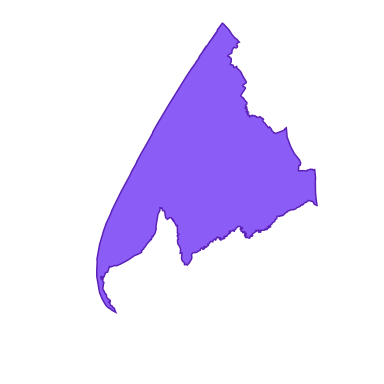 outline of Pak Phanang, Nakhon Si Thammarat, Thailand, rotated 225°
{"feature_id": "78962969B48668485292625", "entity_name": "Pak Phanang", "entity_type": "district", "adm_level": 2, "iso_a3": "THA", "parent_name": "Thailand", "parent_adm1": "Nakhon Si Thammarat", "projection": "robinson", "projection_center": [100.145, 8.346], "detail": "fine", "context": "isolated", "style": "filled", "palette": "violet", "viewbox_px": 384, "rotation_deg": 225, "n_neighbors": 0, "source": "geoboundaries", "source_scale": "gbopen_adm2", "svg_char_len": 6088}
<svg xmlns="http://www.w3.org/2000/svg" viewBox="0 0 384 384"><g transform="rotate(225 192 192)"><path d="M135.6,289.3L138.9,290.7L146.8,291.5L154.4,293.9L163.6,298.1L170.7,304.1L171.0,302.8L170.6,302.6L170.9,301.4L170.6,300.8L170.8,300.2L174.4,292.2L175.6,292.2L175.9,291.8L176.7,291.7L177.5,291.9L178.1,291.6L180.1,292.5L183.1,292.9L183.4,291.4L189.1,292.2L191.0,292.1L192.5,292.6L193.0,293.2L192.9,293.9L193.9,294.1L194.6,293.6L197.3,293.3L197.5,293.0L197.4,292.1L199.2,290.5L199.7,290.8L199.9,290.5L201.0,290.5L201.1,290.2L201.7,290.0L202.2,290.0L202.7,289.3L202.7,288.9L203.4,288.9L204.2,288.1L204.3,287.0L204.0,286.7L204.4,286.5L204.4,286.1L205.2,286.2L205.9,286.8L207.0,285.9L207.7,286.6L207.9,287.6L208.6,286.8L209.1,286.9L209.4,288.3L210.4,287.5L210.4,288.1L211.3,289.5L213.6,288.7L213.7,289.4L212.9,289.9L212.9,290.4L213.6,290.8L214.2,290.2L215.3,290.7L215.5,293.1L216.6,294.1L220.3,294.3L221.6,294.8L224.6,294.4L225.6,294.8L226.0,295.5L227.6,303.2L228.4,303.5L230.8,302.8L231.5,303.7L230.9,307.5L231.3,308.2L238.3,310.0L242.0,311.3L244.1,311.6L247.6,311.4L249.2,312.3L250.1,310.1L250.5,309.7L252.7,310.7L255.0,309.3L255.6,309.8L256.3,311.7L258.4,314.0L260.5,314.2L261.6,313.9L262.3,313.2L262.9,313.2L263.1,313.8L262.9,315.7L262.1,318.2L264.0,320.8L264.7,323.5L264.3,324.2L262.8,324.9L262.4,326.2L262.9,327.4L264.6,327.7L265.0,328.2L265.2,330.0L264.5,331.4L268.4,331.7L270.4,331.3L274.6,331.5L280.5,332.8L288.4,333.1L289.9,332.8L288.7,324.5L287.8,323.4L287.7,321.5L287.3,321.1L287.4,319.7L286.9,319.2L286.9,318.4L287.1,318.0L286.7,317.6L286.5,316.5L286.7,316.0L286.3,315.5L286.5,314.8L286.1,314.2L286.2,313.6L285.8,311.8L285.9,311.1L284.8,306.8L284.9,306.1L284.6,304.9L284.8,304.8L284.5,304.6L284.4,303.7L284.7,303.5L284.3,303.1L284.2,302.5L284.5,302.2L284.0,301.8L284.2,301.2L283.9,300.8L284.1,300.3L283.8,300.0L283.8,299.4L283.6,298.9L283.0,295.0L282.3,292.1L282.0,292.0L281.7,290.9L281.0,286.6L280.6,285.7L279.4,277.9L277.5,268.9L270.2,237.7L264.5,215.1L262.2,207.0L261.5,205.8L259.0,197.4L255.2,183.3L252.5,174.3L251.6,172.5L249.1,163.5L247.9,160.6L242.5,142.5L235.8,122.8L234.0,118.8L230.3,108.7L226.4,100.7L225.0,98.3L220.4,89.8L211.8,77.4L209.6,75.5L203.9,69.2L199.7,65.0L187.4,56.3L185.4,55.1L179.7,52.8L174.7,51.4L172.0,50.9L168.5,51.1L168.0,51.5L164.9,51.8L160.8,53.0L163.3,54.0L164.7,54.9L165.6,54.5L167.8,54.9L169.1,54.4L170.2,54.6L172.1,55.7L172.5,55.4L172.2,56.7L172.6,56.9L173.1,56.6L173.1,57.3L173.3,57.5L176.8,57.0L177.8,57.2L179.8,58.7L181.0,59.0L182.0,58.7L183.4,59.5L183.8,59.4L183.9,59.7L186.4,60.2L189.7,64.5L190.1,65.6L192.1,65.9L192.9,66.5L193.0,67.0L193.4,67.4L194.0,67.0L194.3,66.4L194.1,66.9L194.6,66.4L195.2,66.7L194.6,66.6L193.8,67.6L194.2,69.2L195.4,67.4L195.5,66.9L196.5,67.7L194.7,69.3L194.6,69.7L195.0,71.5L196.1,73.9L195.0,75.6L197.7,81.0L196.9,80.9L194.6,85.5L193.1,86.6L191.6,90.5L189.2,98.3L187.7,106.3L186.0,110.3L185.0,113.7L185.2,114.0L186.2,114.5L186.0,115.9L186.2,116.9L185.9,117.4L186.4,118.6L186.4,120.2L187.1,123.2L187.4,126.8L187.2,127.4L187.8,128.8L187.1,129.6L188.7,132.4L188.6,132.7L188.1,132.8L189.1,136.9L191.5,141.0L192.7,141.6L200.3,152.1L201.5,155.8L202.8,157.7L203.5,158.2L202.7,158.9L202.1,158.8L201.7,159.4L199.8,158.1L199.6,158.4L197.6,159.0L194.1,156.3L192.6,155.4L191.2,155.1L190.5,155.6L190.0,155.5L189.7,158.0L188.4,159.1L186.4,158.6L186.2,159.0L185.9,158.5L185.2,158.4L185.2,158.7L184.7,158.9L184.3,158.4L182.0,158.0L179.4,157.0L178.9,157.2L178.8,158.0L178.5,158.0L178.1,157.2L175.6,155.0L173.3,152.6L172.3,152.4L171.5,152.8L171.3,152.7L171.6,150.7L168.3,149.1L168.4,148.0L167.1,146.6L165.0,145.2L162.6,144.8L159.9,143.7L159.1,142.9L157.1,140.3L156.1,141.8L152.7,137.9L151.9,137.3L150.0,136.4L147.3,136.6L145.9,135.3L145.5,135.6L144.9,136.9L143.7,136.9L143.8,139.9L144.8,143.8L145.5,145.3L148.0,147.4L148.3,148.2L148.4,149.4L148.0,150.4L146.9,151.3L145.9,153.2L145.6,155.1L145.0,156.6L145.8,158.2L145.8,158.9L145.0,159.7L143.8,159.2L143.3,159.9L143.5,161.1L144.6,161.6L144.8,161.9L144.4,162.4L143.4,162.1L143.0,162.8L142.9,164.7L142.7,165.7L142.8,166.1L143.9,166.3L143.4,167.9L143.9,169.9L143.3,170.8L142.1,171.4L142.8,172.8L142.7,174.7L142.4,174.9L141.6,174.6L141.3,174.8L141.3,175.2L142.1,176.0L141.9,177.0L142.2,178.1L141.9,178.3L140.7,178.4L139.6,179.7L139.3,179.4L139.6,178.5L139.4,178.2L137.6,178.4L137.4,179.1L137.7,180.3L136.8,180.9L136.4,181.7L136.3,182.5L136.5,182.9L137.5,182.7L137.8,183.1L137.2,184.4L136.1,185.1L136.6,187.3L136.0,190.3L136.4,190.5L137.4,190.0L137.7,190.7L137.3,191.5L136.2,192.6L136.1,193.9L135.5,194.2L134.8,193.9L134.4,194.2L134.5,194.5L135.3,195.0L134.8,196.3L135.3,198.0L135.1,199.3L135.2,200.3L134.3,200.8L133.6,201.7L133.0,201.8L132.2,201.4L131.6,202.3L131.2,202.4L130.7,202.2L130.5,201.6L131.7,200.8L131.8,200.3L131.4,199.7L130.3,199.8L129.5,199.1L128.6,199.8L127.5,199.1L126.8,200.0L127.1,200.7L127.0,201.2L126.7,201.2L125.9,200.1L124.5,201.0L123.9,200.5L124.6,199.4L124.0,198.3L123.7,198.3L123.0,199.1L122.1,197.8L121.3,198.1L121.0,199.1L120.2,199.2L118.6,200.1L119.7,202.3L118.8,202.5L118.1,203.7L118.5,204.2L119.5,204.4L119.3,207.6L118.7,209.5L119.1,209.9L119.6,209.8L119.6,210.1L118.2,211.0L118.0,212.2L116.8,212.5L116.7,211.0L116.3,210.8L115.1,212.2L116.1,213.6L113.8,216.3L114.1,217.5L113.2,217.5L112.8,218.3L112.5,218.5L112.5,219.0L113.3,219.4L113.8,220.5L113.4,221.4L113.7,222.0L113.1,222.0L112.4,221.1L111.9,223.0L113.2,223.9L112.9,225.7L113.3,227.0L112.8,229.9L113.8,231.5L113.2,233.0L114.5,234.7L114.6,235.4L113.1,236.4L113.0,237.0L112.7,237.2L112.3,238.3L112.0,238.3L111.9,239.1L111.1,239.6L111.1,243.8L110.6,244.8L110.7,246.5L110.0,247.6L109.4,249.7L108.0,250.8L106.8,253.4L106.8,255.1L105.4,258.2L105.7,260.4L104.8,260.7L104.6,261.6L104.8,263.7L103.8,266.1L103.9,267.0L103.5,268.7L102.3,269.1L100.7,270.2L99.5,270.5L98.3,270.5L97.9,270.1L97.0,269.9L94.5,270.6L94.1,270.9L100.3,275.6L104.2,278.9L111.7,286.1L114.6,289.3L121.1,294.6L121.7,293.3L122.0,293.4L122.4,293.0L122.8,293.2L123.8,292.0L124.2,292.1L126.0,288.6L125.7,288.1L125.9,287.8L128.8,285.4L131.7,282.3L135.1,286.1L134.4,287.4L135.6,289.3Z" fill="#8b5cf6" stroke="#5b21b6" stroke-width="1.5"/></g></svg>